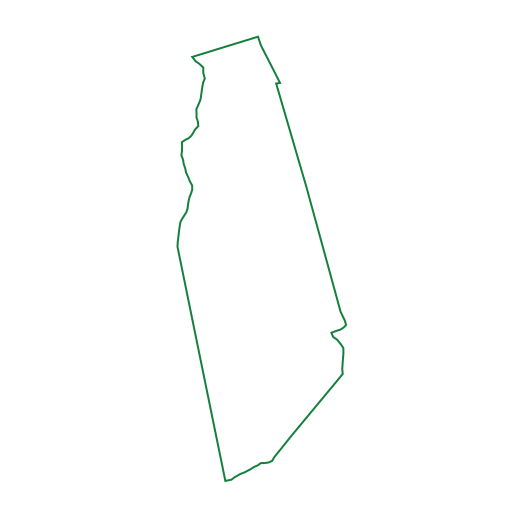 Peixe-Boi, Pará, Brazil (Equal Earth projection), rotated 349°
{"feature_id": "56859067B34086017458095", "entity_name": "Peixe-Boi", "entity_type": "district", "adm_level": 2, "iso_a3": "BRA", "parent_name": "Brazil", "parent_adm1": "Pará", "projection": "equal_earth", "projection_center": [-47.282, -1.125], "detail": "fine", "context": "isolated", "style": "outline", "palette": "green", "viewbox_px": 512, "rotation_deg": 349, "n_neighbors": 0, "source": "geoboundaries", "source_scale": "gbopen_adm2", "svg_char_len": 1157}
<svg xmlns="http://www.w3.org/2000/svg" viewBox="0 0 512 512"><g transform="rotate(349 256 256)"><path d="M318.6,388.4L319.1,383.4L321.5,374.4L323.0,369.2L324.2,363.0L322.5,359.0L319.7,353.6L316.3,350.2L315.4,345.7L320.1,344.9L324.8,344.4L328.7,342.8L331.3,340.8L330.8,336.0L329.7,331.9L328.4,326.7L318.6,197.4L308.7,90.5L312.6,90.7L310.3,82.5L309.2,78.6L301.8,53.0L300.9,49.2L299.8,41.1L231.4,48.4L233.9,53.4L237.0,56.5L240.2,60.9L239.2,66.1L239.6,72.0L237.3,75.5L235.6,79.7L231.6,91.3L229.7,94.5L225.4,100.7L224.8,104.9L224.0,108.8L224.6,112.8L224.2,117.4L220.2,120.3L217.5,123.6L215.0,126.0L212.1,127.6L208.5,128.6L205.0,130.1L204.3,134.6L203.2,139.3L202.0,143.0L202.8,147.8L202.6,151.9L203.2,156.3L203.3,160.7L204.6,166.1L205.3,170.0L206.8,174.6L206.1,178.6L204.3,182.0L202.0,185.5L200.5,188.8L199.0,192.8L197.8,196.5L196.0,199.7L190.3,205.7L188.2,208.4L185.5,215.9L181.6,228.2L180.7,232.0L181.3,297.2L181.8,350.5L183.0,470.9L189.2,470.9L192.6,469.2L199.0,467.0L203.9,466.1L210.1,464.2L214.2,462.6L217.0,462.1L221.4,460.2L224.9,460.9L229.2,461.1L232.7,460.2L235.4,457.1L256.3,439.4L318.6,388.4Z" fill="none" stroke="#15803d" stroke-width="2"/></g></svg>